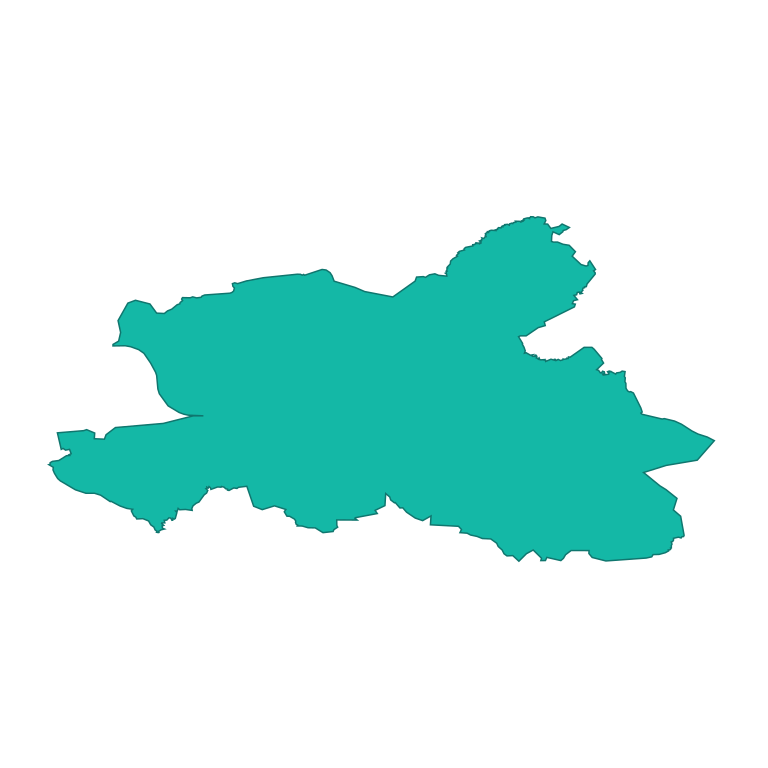 the district of Vaiņodes pag., Vainodes, Latvia, rotated 182°
{"feature_id": "27541924B43996006611053", "entity_name": "Vaiņodes pag.", "entity_type": "district", "adm_level": 2, "iso_a3": "LVA", "parent_name": "Latvia", "parent_adm1": "Vainodes", "projection": "robinson", "projection_center": [21.832, 56.407], "detail": "fine", "context": "isolated", "style": "filled", "palette": "teal", "viewbox_px": 768, "rotation_deg": 182, "n_neighbors": 0, "source": "geoboundaries", "source_scale": "gbopen_adm2", "svg_char_len": 6141}
<svg xmlns="http://www.w3.org/2000/svg" viewBox="0 0 768 768"><g transform="rotate(182 384 384)"><path d="M228.9,555.4L236.1,556.4L238.9,555.3L240.6,556.3L243.3,556.3L243.6,555.5L244.8,555.2L244.6,554.5L246.5,555.0L250.1,553.9L250.7,552.9L249.8,552.6L250.7,551.6L252.0,551.8L251.7,551.2L253.0,550.6L253.8,551.3L258.3,551.3L257.8,550.5L260.4,549.7L260.9,548.8L262.0,549.2L264.1,548.4L264.3,547.1L266.1,547.9L268.9,547.5L268.7,546.9L271.2,546.0L270.8,545.3L272.1,545.2L272.5,544.1L274.9,544.3L276.0,543.3L275.9,542.5L278.1,541.9L277.7,541.3L282.2,541.4L284.0,540.8L284.0,540.1L285.8,539.9L285.2,539.0L286.7,538.8L288.0,537.6L287.3,536.7L287.9,536.0L287.2,534.9L288.0,534.8L289.3,532.9L291.0,533.3L290.6,532.8L291.5,532.1L291.3,531.3L293.3,530.4L292.2,530.0L292.8,529.4L292.1,529.2L292.0,528.2L293.6,527.4L293.8,528.0L296.7,528.3L296.5,527.7L297.3,527.9L298.1,526.6L300.2,526.3L300.0,525.1L307.1,523.4L308.5,522.2L308.8,521.1L308.4,520.7L313.3,519.2L314.7,517.8L313.8,517.4L316.0,515.1L315.1,514.2L319.3,511.7L321.7,509.2L322.0,506.2L324.7,503.2L324.5,502.3L325.1,502.3L325.1,499.8L325.7,499.1L325.1,498.8L325.7,498.3L325.6,497.0L326.4,496.8L325.3,496.0L325.0,494.0L333.2,494.5L337.0,495.9L342.4,494.7L346.3,492.0L348.4,492.7L355.2,492.0L356.5,487.9L378.2,471.3L406.5,475.7L416.3,479.5L437.4,485.0L439.7,490.4L441.8,493.4L445.8,495.9L449.9,496.3L467.2,489.9L468.1,490.7L469.5,489.9L471.3,490.7L474.5,490.7L508.3,486.0L525.1,482.2L533.8,479.2L536.7,479.9L539.0,479.0L538.4,476.3L536.9,474.8L537.5,471.7L539.0,470.3L541.0,469.4L566.3,466.7L569.0,465.5L569.8,464.3L574.2,463.5L578.2,464.4L580.7,463.4L588.4,463.3L589.2,461.8L588.2,460.3L590.6,458.3L590.8,457.0L593.5,456.0L598.7,451.4L602.9,449.5L606.0,446.8L613.7,446.9L620.7,455.8L635.3,459.0L642.8,455.9L652.0,438.1L649.0,426.3L650.7,417.6L656.2,414.1L656.2,412.6L644.0,413.2L638.4,412.4L630.4,409.8L625.0,406.3L618.0,396.8L612.7,387.8L611.5,384.6L609.8,371.1L608.2,366.4L599.0,354.6L587.8,348.4L582.9,346.8L578.4,346.0L563.4,345.9L573.5,345.5L603.2,336.9L650.9,331.1L660.0,323.6L661.5,319.1L671.6,319.2L671.4,324.9L679.6,328.0L682.5,326.9L708.7,323.8L704.3,307.4L702.5,308.4L699.9,306.8L696.0,307.7L694.2,303.4L696.4,302.3L695.7,301.6L698.9,301.2L706.3,296.2L712.7,295.1L714.9,293.7L714.9,292.1L716.1,291.7L711.6,289.2L711.8,286.6L710.1,283.0L706.8,278.1L704.0,275.8L688.7,267.5L678.1,264.4L669.5,264.7L663.3,263.0L653.5,256.9L652.8,257.3L643.6,252.9L636.7,250.7L630.8,250.0L632.1,248.4L629.4,243.4L627.4,242.3L626.4,240.5L620.2,241.0L614.5,238.9L612.2,235.1L609.0,233.0L607.6,230.1L605.8,229.0L606.2,227.9L604.4,227.6L603.7,227.8L604.0,228.9L601.6,230.5L598.4,231.4L600.4,232.2L600.8,234.5L599.2,235.0L601.4,236.8L601.2,237.4L598.2,237.6L598.9,240.1L596.3,240.4L594.2,242.8L592.4,242.5L591.2,240.4L590.4,240.5L590.3,242.3L589.0,241.6L587.9,242.3L586.5,248.3L587.8,249.7L586.1,249.8L585.4,252.5L583.8,251.2L578.0,251.7L571.3,251.0L571.7,252.9L570.6,255.6L567.5,258.3L564.8,259.6L559.8,267.0L557.5,268.8L556.4,271.5L558.3,273.2L557.2,273.6L557.4,274.7L556.0,273.9L555.3,275.4L553.8,274.2L553.3,272.6L546.7,275.3L543.2,275.2L542.9,275.9L540.2,275.3L538.6,273.8L536.6,273.4L536.7,272.5L535.2,272.2L530.5,274.9L527.3,274.5L525.8,275.7L517.5,277.0L510.0,257.3L501.3,254.2L489.2,258.4L477.7,255.2L479.2,252.8L476.4,248.5L473.7,248.5L468.8,245.9L467.4,244.0L467.6,242.7L466.8,240.7L465.4,240.1L465.8,239.1L460.8,239.2L454.9,237.7L447.7,237.8L439.8,233.3L429.7,234.8L429.0,236.7L425.3,239.3L426.2,241.0L426.5,246.5L406.1,247.1L408.4,248.8L408.0,249.4L386.2,254.3L388.5,257.4L378.8,262.5L378.5,274.6L374.3,271.3L373.3,268.4L369.4,265.6L368.6,265.9L363.8,260.7L360.9,260.9L357.0,256.7L348.1,251.1L340.6,248.8L332.4,253.8L332.7,244.9L304.6,244.4L301.5,241.3L302.9,238.1L295.7,237.8L292.2,236.1L285.6,234.9L280.3,233.0L271.9,232.9L265.8,228.8L264.2,225.6L260.1,222.2L258.1,218.5L255.1,216.5L249.3,217.0L243.0,211.6L235.7,219.4L229.1,223.3L220.5,215.4L221.1,213.0L216.5,213.2L215.2,216.4L201.1,213.7L198.6,216.0L196.6,219.7L191.2,224.1L173.3,224.7L173.3,221.7L169.9,217.9L156.1,214.9L115.9,219.2L110.4,220.6L109.1,222.9L103.1,223.3L97.0,225.2L93.8,227.1L94.1,228.1L92.6,228.2L91.6,229.3L91.9,230.1L91.1,230.3L91.2,232.7L90.6,234.0L91.4,236.2L90.0,236.7L89.2,238.1L89.3,239.9L84.4,241.2L81.7,240.5L80.9,241.8L79.3,242.0L78.8,243.2L82.9,262.2L90.4,268.2L87.2,279.9L98.5,288.3L104.8,291.9L121.5,304.6L99.1,312.5L68.3,318.8L51.9,338.9L59.1,342.3L68.3,344.9L74.6,347.8L85.3,354.2L92.3,357.1L102.7,359.2L104.8,358.7L124.8,362.7L126.0,363.5L126.3,363.9L125.0,365.0L126.5,369.1L134.4,383.7L137.2,385.0L138.5,384.6L140.3,385.6L142.0,388.2L142.3,393.1L143.3,394.7L143.1,398.6L144.0,399.9L143.5,404.8L146.5,405.2L148.3,403.9L152.0,403.2L152.8,402.0L157.5,404.3L159.0,404.0L158.4,404.6L159.4,404.8L161.0,404.1L159.6,402.6L159.8,401.6L165.2,400.6L165.9,401.6L163.8,402.0L164.3,403.9L166.0,404.4L166.8,403.1L168.2,402.7L170.0,405.1L172.0,405.7L165.3,412.6L167.5,416.0L167.1,417.1L175.2,426.1L177.5,427.9L185.3,427.6L198.9,417.3L200.6,417.5L200.8,416.0L202.1,416.2L202.1,415.6L205.2,414.9L205.9,415.3L206.2,414.4L208.5,413.6L210.8,414.7L212.4,413.6L213.9,414.7L214.4,414.6L214.0,413.6L218.0,414.6L223.2,412.2L223.3,413.3L224.6,413.5L224.3,414.0L228.1,413.6L230.2,414.0L229.5,414.6L229.9,415.5L230.4,414.9L232.7,415.3L232.2,417.0L233.2,418.2L234.1,418.1L233.9,416.3L234.4,417.1L236.3,416.7L237.1,417.3L236.2,418.4L238.6,417.9L243.1,420.2L244.7,419.7L244.0,422.1L245.4,425.7L247.1,428.5L246.9,429.4L251.2,436.0L249.4,436.9L243.6,437.1L231.9,445.7L224.9,448.0L226.0,451.7L196.4,467.7L195.6,470.5L198.6,470.9L197.5,473.9L193.6,475.0L197.3,479.2L194.6,479.9L194.1,482.2L192.1,482.7L191.3,480.9L189.1,481.5L190.5,482.5L188.5,484.5L188.9,485.4L188.5,486.7L186.9,487.3L187.0,488.1L185.2,488.4L184.6,491.0L176.8,501.2L176.8,502.4L178.5,504.4L176.6,505.8L182.6,514.3L184.2,512.3L184.3,509.6L186.1,508.9L191.3,510.3L200.4,518.3L197.3,522.9L203.8,529.1L210.0,529.9L215.5,531.9L219.5,531.7L221.6,532.3L221.5,538.3L220.4,542.0L214.1,539.4L210.6,542.4L210.2,543.7L207.3,544.6L204.2,546.9L211.6,550.1L214.5,547.6L222.7,545.3L226.0,549.5L229.5,549.6L228.0,553.0L228.9,555.4Z" fill="#14b8a6" stroke="#0f766e" stroke-width="1.5"/></g></svg>